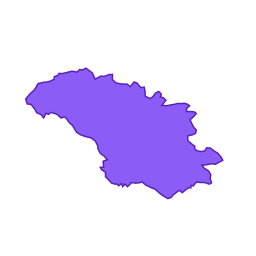 Giolou, Paphos, Cyprus (orthographic projection), rotated 306°
{"feature_id": "46923920B14878723805289", "entity_name": "Giolou", "entity_type": "district", "adm_level": 2, "iso_a3": "CYP", "parent_name": "Cyprus", "parent_adm1": "Paphos", "projection": "orthographic", "projection_center": [32.479, 34.929], "detail": "fine", "context": "isolated", "style": "filled", "palette": "violet", "viewbox_px": 256, "rotation_deg": 306, "n_neighbors": 0, "source": "geoboundaries", "source_scale": "gbopen_adm2", "svg_char_len": 2042}
<svg xmlns="http://www.w3.org/2000/svg" viewBox="0 0 256 256"><g transform="rotate(306 128 128)"><path d="M86.7,45.2L87.8,49.7L86.6,53.7L88.4,53.7L91.6,52.8L92.3,55.7L95.1,56.4L96.5,59.6L97.4,63.0L96.7,67.9L99.7,70.1L99.6,72.3L97.8,77.5L97.4,81.7L94.3,89.0L94.8,94.3L96.1,98.7L98.3,103.8L98.3,109.1L96.0,113.7L93.6,115.9L91.2,120.3L91.2,125.4L90.2,129.9L86.5,127.4L82.0,131.3L79.9,128.7L78.7,131.2L79.0,135.8L75.4,138.4L74.9,141.5L73.8,147.0L74.7,150.0L76.2,152.2L75.8,154.4L79.4,155.5L77.4,158.1L80.8,158.5L80.2,162.1L86.1,163.1L87.8,166.5L90.9,169.9L92.7,170.9L92.3,175.9L93.3,181.5L94.5,185.8L93.8,192.0L93.8,196.1L94.3,201.7L97.2,203.7L100.3,203.9L103.5,204.8L107.8,206.1L107.6,209.9L111.7,210.9L115.1,212.1L116.5,214.0L116.8,213.8L118.7,212.9L119.6,214.9L123.0,215.0L124.3,215.0L126.4,218.4L129.2,222.6L130.3,226.7L132.8,227.8L135.1,224.4L138.9,222.4L140.6,218.4L140.3,213.2L141.3,209.7L144.2,212.9L148.2,216.6L149.9,219.9L154.4,222.1L157.6,223.6L159.0,220.7L160.4,215.6L160.0,211.3L160.2,206.5L159.5,205.3L158.2,203.2L154.5,203.6L152.0,201.1L150.3,197.7L150.0,194.8L152.7,192.3L152.4,190.7L152.9,183.9L156.7,180.9L160.7,184.4L163.5,185.8L166.5,184.5L167.1,180.9L168.7,177.8L171.1,173.3L175.7,174.4L179.9,174.6L180.1,172.6L178.5,169.4L176.8,167.4L175.8,165.4L178.9,163.9L182.1,164.8L182.2,162.2L181.1,158.9L179.3,157.1L177.6,154.5L176.3,153.1L174.7,151.9L172.0,149.2L168.8,146.3L166.2,142.1L172.8,142.3L173.2,138.4L172.2,135.9L175.0,135.1L175.6,131.3L172.5,129.8L168.0,129.7L165.0,128.8L163.7,123.4L168.0,119.9L170.6,117.1L168.2,114.6L169.7,109.1L168.8,105.8L168.2,105.9L162.7,105.5L163.1,101.7L159.8,96.9L157.4,91.9L158.0,86.9L159.9,85.6L162.2,84.0L160.0,81.2L155.9,78.6L153.9,75.4L148.2,72.7L149.7,70.1L151.6,66.7L151.7,58.8L148.3,57.2L147.0,54.6L143.3,53.9L141.0,49.2L138.4,47.1L135.5,44.7L132.9,42.3L131.8,40.2L129.1,40.2L126.2,38.2L123.8,39.6L119.6,37.1L117.5,35.4L115.8,33.3L111.2,29.2L104.0,29.9L98.3,28.7L91.3,28.2L88.2,32.3L90.1,35.6L89.0,39.5L88.1,42.5L86.7,45.2Z" fill="#8b5cf6" stroke="#5b21b6" stroke-width="1.5"/></g></svg>